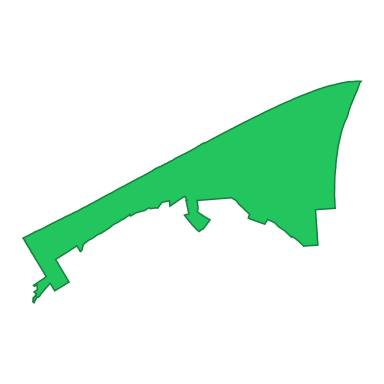 the district of Kolkas pag., Dundagas, Latvia
{"feature_id": "27541924B54610499536765", "entity_name": "Kolkas pag.", "entity_type": "district", "adm_level": 2, "iso_a3": "LVA", "parent_name": "Latvia", "parent_adm1": "Dundagas", "projection": "orthographic", "projection_center": [22.427, 57.687], "detail": "fine", "context": "isolated", "style": "filled", "palette": "green", "viewbox_px": 384, "rotation_deg": 0, "n_neighbors": 0, "source": "geoboundaries", "source_scale": "gbopen_adm2", "svg_char_len": 5854}
<svg xmlns="http://www.w3.org/2000/svg" viewBox="0 0 384 384"><path d="M54.7,290.8L69.1,282.1L55.6,259.5L76.9,245.9L80.2,251.4L80.5,251.6L81.8,250.2L82.2,249.4L82.4,248.6L82.8,246.2L83.0,245.4L83.6,244.5L83.9,244.0L87.9,240.8L88.9,240.1L91.4,238.9L92.3,238.4L97.0,235.1L98.9,234.1L100.7,233.4L101.6,232.9L108.7,228.4L109.4,227.9L113.2,224.8L114.2,224.2L117.2,222.7L121.9,219.8L124.4,218.6L126.4,217.0L129.4,215.2L129.6,214.9L129.7,214.5L130.7,216.0L134.9,213.4L138.0,212.2L143.8,210.7L144.8,210.4L148.9,207.8L150.1,208.4L150.2,208.7L155.8,207.9L156.7,208.0L157.8,208.2L160.2,204.7L161.1,203.6L162.2,202.3L169.4,200.7L169.9,206.2L184.5,196.2L187.2,200.2L186.0,200.4L188.9,213.9L184.4,215.1L185.0,215.9L192.9,225.7L199.0,231.6L201.4,229.8L203.3,228.8L206.7,224.4L210.1,219.8L206.2,217.7L197.4,211.9L198.1,208.3L197.2,200.5L203.0,200.0L228.6,198.0L231.0,197.8L231.0,197.7L231.4,197.8L236.1,200.5L238.7,203.8L238.9,204.4L242.4,207.2L244.2,209.4L245.5,210.4L248.8,213.6L248.9,213.8L249.1,213.9L249.8,214.6L249.1,215.6L248.6,216.6L248.3,218.3L254.1,220.4L264.8,224.2L267.7,219.5L274.8,222.8L278.4,226.6L285.1,231.1L289.9,235.8L291.5,237.2L292.0,236.3L293.4,237.4L296.3,239.2L296.4,239.4L298.9,241.5L300.0,242.6L302.5,244.8L303.2,245.8L303.5,246.1L317.9,245.1L315.5,209.7L335.2,208.3L335.2,207.9L335.0,206.6L335.0,205.7L334.9,203.8L334.8,200.0L334.5,195.9L334.5,193.6L334.6,190.1L334.7,189.5L334.7,189.1L334.6,187.3L334.7,186.3L334.6,184.9L334.7,183.7L334.7,183.1L334.7,182.5L334.9,175.6L335.4,170.1L335.7,168.2L335.8,167.1L335.8,164.2L336.4,159.2L336.6,157.5L337.0,155.1L337.6,150.6L337.6,149.7L337.8,148.7L338.2,146.7L338.4,145.5L338.7,144.1L340.3,136.6L340.5,135.8L340.7,135.0L341.5,132.0L341.7,131.3L342.1,129.7L342.5,128.6L342.8,127.7L343.2,126.3L344.6,122.5L345.2,121.3L345.7,120.0L346.4,118.7L347.5,116.0L348.1,114.0L348.3,113.0L348.7,111.6L348.9,110.9L349.1,110.4L349.6,109.1L349.7,108.4L350.0,107.7L350.0,107.4L350.8,105.4L351.1,104.5L351.9,102.8L352.3,101.7L352.7,100.9L353.3,99.3L353.8,98.2L354.4,96.6L355.1,95.1L356.3,92.2L356.8,91.3L357.1,90.5L357.7,88.9L358.0,88.1L358.3,87.2L358.6,86.4L358.8,85.7L359.1,85.0L359.3,84.0L359.4,83.6L359.8,83.0L360.2,82.4L360.5,81.6L360.9,81.4L361.0,81.3L360.1,81.2L355.3,81.3L353.8,81.5L352.5,81.6L351.7,81.7L350.9,81.6L350.0,81.6L345.8,82.1L344.5,82.5L343.2,82.6L342.2,82.9L341.0,83.0L338.2,83.8L337.1,84.0L336.0,84.4L334.9,84.6L333.4,85.1L332.1,85.2L330.5,85.7L329.8,85.8L328.8,86.0L323.4,87.6L321.0,88.5L319.7,88.8L312.6,91.4L311.3,92.1L309.3,92.6L308.1,93.2L306.3,93.8L304.9,94.5L303.8,94.8L301.3,95.8L300.4,96.1L295.5,98.2L293.3,99.0L292.5,99.5L290.3,100.6L288.4,101.3L286.6,102.1L285.8,102.4L283.5,103.5L281.8,104.1L280.2,105.0L278.8,105.5L277.7,106.2L275.8,107.0L273.7,108.1L272.6,108.5L271.4,109.1L269.8,109.8L268.6,110.4L266.8,111.2L265.7,111.8L264.3,112.4L262.3,113.5L261.3,113.9L260.1,114.6L259.3,115.0L258.3,115.4L256.8,116.3L255.6,116.7L254.4,117.4L252.1,118.5L249.6,119.8L248.5,120.2L247.0,121.1L245.4,121.8L244.1,122.5L242.4,123.3L241.3,124.0L239.7,124.7L238.9,125.1L236.7,126.2L235.8,126.8L234.1,127.5L233.5,128.0L232.9,128.4L231.0,129.1L230.1,129.7L228.1,130.7L225.3,132.2L223.6,133.0L221.9,134.1L220.6,134.5L219.1,135.5L217.1,136.4L215.7,137.3L214.8,137.7L213.5,138.3L212.4,139.0L210.2,140.1L209.0,140.9L207.1,141.8L205.6,142.7L205.1,142.9L203.9,142.9L203.4,143.1L202.7,143.6L201.4,144.2L201.0,144.4L199.7,145.5L197.9,146.3L196.8,147.2L195.0,148.2L193.9,149.0L192.3,149.6L191.0,150.6L189.5,151.2L188.2,152.0L186.6,152.7L185.6,153.3L182.1,155.0L180.4,155.9L179.3,156.4L175.9,158.1L174.4,159.0L173.9,159.3L172.9,160.1L172.2,160.5L170.7,161.1L170.3,161.4L169.8,161.7L168.2,162.4L166.8,163.3L166.1,163.6L165.4,163.8L164.9,164.0L163.3,165.1L162.6,165.4L162.2,165.4L160.8,166.4L160.1,166.7L159.6,166.7L159.1,166.8L157.9,167.6L155.3,168.6L154.4,169.4L153.2,170.1L152.0,171.0L150.6,171.7L148.5,173.0L147.7,173.4L147.3,173.5L146.7,174.0L146.2,174.3L144.5,175.0L143.4,175.8L142.3,176.3L141.4,176.8L140.1,177.4L138.9,178.1L137.9,178.5L136.7,179.2L134.0,180.6L131.7,181.9L130.7,182.3L130.0,182.8L128.3,183.7L127.7,184.0L125.7,185.2L124.7,185.6L122.9,186.7L121.0,187.5L119.8,188.1L118.8,188.8L117.5,189.3L116.4,190.1L114.5,191.0L113.8,191.6L112.1,192.4L110.9,193.3L109.1,194.0L107.8,194.8L107.1,195.0L106.3,195.5L105.8,195.7L104.3,196.6L104.1,196.8L103.6,197.0L102.2,197.6L101.5,198.0L100.7,198.6L100.0,198.9L98.3,199.9L96.0,201.1L93.7,202.5L91.4,203.5L90.3,204.3L88.9,204.9L88.0,205.5L86.8,206.1L84.7,207.2L83.5,207.7L80.8,209.2L77.6,211.1L76.4,211.6L76.0,211.6L73.8,212.8L72.8,213.2L72.6,213.4L71.6,214.0L71.0,214.3L70.4,214.4L69.7,214.9L64.3,217.3L63.2,218.1L58.3,220.3L56.7,221.3L53.9,222.6L49.2,225.0L46.4,226.5L43.4,228.2L41.7,229.0L41.2,229.3L39.5,229.9L37.5,230.9L36.1,231.6L35.5,231.8L34.9,231.8L32.9,233.1L31.4,233.8L30.4,234.5L26.8,236.2L23.0,238.1L23.5,238.6L24.2,239.9L24.3,240.3L24.6,240.5L24.9,240.5L24.7,241.0L24.8,241.2L25.1,241.4L25.7,242.3L25.7,242.8L26.4,243.3L26.6,244.1L26.9,244.6L27.1,244.6L27.1,244.8L27.4,245.3L27.6,245.8L27.9,246.0L27.9,246.4L29.1,247.9L29.3,248.0L29.5,248.3L29.5,249.3L29.8,249.3L30.0,249.4L30.3,249.7L30.5,250.7L31.0,251.1L31.1,251.5L31.3,251.9L31.2,252.2L31.6,252.4L31.8,252.5L31.9,252.9L32.1,253.0L32.3,253.7L32.6,254.1L32.9,254.3L33.2,255.0L33.7,255.5L33.7,256.0L34.0,256.4L34.6,257.1L34.7,257.4L34.9,257.9L35.3,258.4L35.5,258.6L35.5,258.9L35.6,259.2L35.9,259.5L36.0,259.8L36.3,260.2L36.4,260.3L46.2,276.6L44.0,278.4L39.8,281.1L33.5,285.4L34.5,286.3L36.8,284.6L37.3,289.0L37.2,289.7L37.2,290.2L36.2,290.5L34.0,292.0L36.7,294.1L35.7,294.9L36.0,295.5L35.8,296.2L35.5,296.3L34.8,296.1L33.1,297.9L33.6,298.8L32.9,299.4L32.9,299.8L33.3,300.3L32.8,301.8L34.2,302.8L35.2,300.3L36.4,298.2L37.4,297.2L37.8,297.4L38.3,297.3L39.3,296.5L40.1,295.7L40.1,295.0L42.5,292.1L44.7,289.6L50.0,283.4L50.7,284.2L54.7,290.8Z" fill="#22c55e" stroke="#15803d" stroke-width="1.5"/></svg>